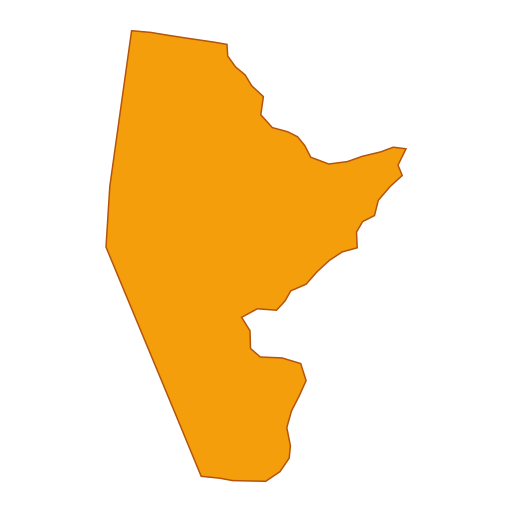 Carrapateira, Paraíba, Brazil (Mercator projection)
{"feature_id": "56859067B41888191918585", "entity_name": "Carrapateira", "entity_type": "district", "adm_level": 2, "iso_a3": "BRA", "parent_name": "Brazil", "parent_adm1": "Paraíba", "projection": "mercator", "projection_center": [-38.322, -7.048], "detail": "fine", "context": "isolated", "style": "filled", "palette": "amber", "viewbox_px": 512, "rotation_deg": 0, "n_neighbors": 0, "source": "geoboundaries", "source_scale": "gbopen_adm2", "svg_char_len": 852}
<svg xmlns="http://www.w3.org/2000/svg" viewBox="0 0 512 512"><path d="M406.0,148.8L393.3,147.2L380.6,151.9L362.6,156.2L347.3,161.6L328.8,164.0L310.8,157.3L304.9,145.8L297.6,136.8L287.8,131.8L272.3,127.6L260.8,114.8L263.4,96.6L251.7,85.8L245.1,74.9L235.5,66.9L227.7,56.0L227.0,44.4L215.1,42.3L200.8,40.2L185.8,38.0L168.9,35.4L150.6,32.4L131.6,30.7L109.8,186.4L106.0,247.1L176.6,416.8L201.2,476.3L219.8,478.2L232.7,480.6L265.7,481.3L280.0,471.6L289.2,458.1L290.4,445.8L286.8,427.6L291.5,410.9L299.3,395.7L306.1,380.6L300.7,363.6L281.9,357.9L260.3,357.0L250.5,348.5L250.0,330.8L241.6,317.3L257.3,308.8L276.5,310.2L285.0,301.0L290.8,290.8L306.1,284.2L317.3,271.5L329.3,260.4L342.2,251.9L357.2,247.8L356.5,232.0L362.6,221.6L374.5,215.5L378.3,200.3L390.2,186.4L402.2,175.5L398.0,165.1L406.0,148.8Z" fill="#f59e0b" stroke="#b45309" stroke-width="1.5"/></svg>